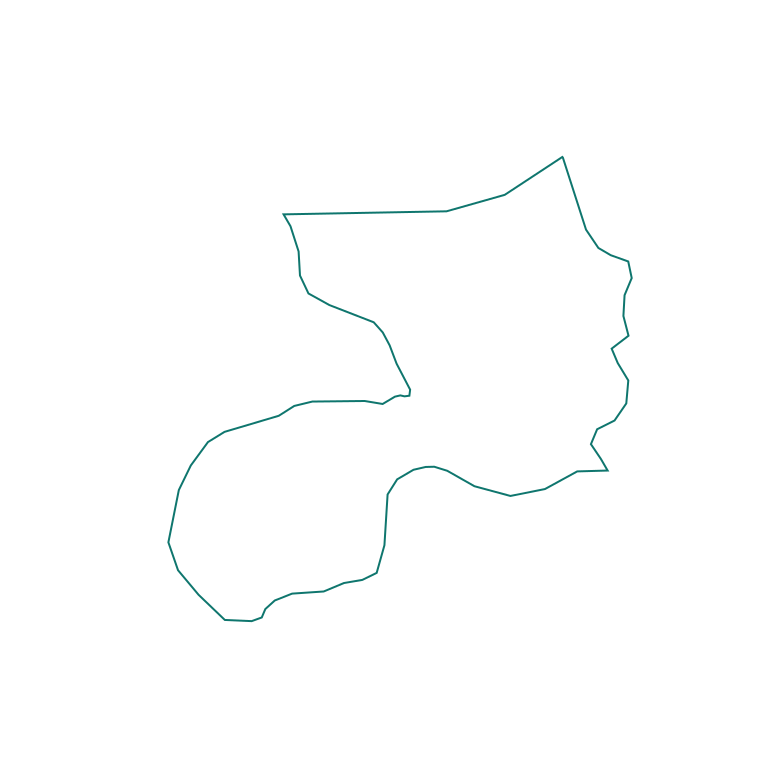 outline of Tehran, rotated 146°
{"feature_id": "IRN-3216", "entity_name": "Tehran", "entity_type": "Province", "adm_level": 1, "iso_a3": "IRN", "parent_name": "Iran", "parent_adm1": "", "projection": "equal_earth", "projection_center": [51.864, 35.496], "detail": "fine", "context": "isolated", "style": "outline", "palette": "teal", "viewbox_px": 768, "rotation_deg": 146, "n_neighbors": 0, "source": "natural_earth", "source_scale": "10m", "svg_char_len": 1006}
<svg xmlns="http://www.w3.org/2000/svg" viewBox="0 0 768 768"><g transform="rotate(146 384 384)"><path d="M109.1,471.7L130.2,399.0L130.2,376.9L124.0,364.0L113.0,349.0L119.4,333.3L134.9,323.1L147.5,306.5L154.3,287.3L175.5,286.0L178.5,270.7L179.5,250.3L194.0,232.4L213.3,224.8L232.6,227.3L246.1,218.4L246.1,200.6L247.0,187.2L272.7,203.5L309.3,206.9L341.8,220.5L366.2,248.7L380.1,276.7L388.6,287.3L395.8,291.9L407.5,296.4L426.4,297.6L442.8,290.4L473.8,250.1L495.7,231.5L511.5,233.7L528.5,241.4L550.0,245.7L577.4,261.6L595.6,265.6L608.2,263.8L615.9,258.8L626.3,261.4L647.9,277.4L655.6,312.9L658.9,344.8L651.3,373.3L613.4,410.8L589.7,424.5L562.4,434.3L543.0,433.5L489.0,416.5L470.7,416.0L453.2,409.5L409.5,380.7L396.3,368.2L382.0,367.4L376.8,365.4L373.9,362.3L369.5,360.1L365.5,364.7L362.2,393.8L357.7,412.9L356.2,427.4L358.0,440.9L385.1,479.9L396.0,501.3L393.0,520.9L380.7,541.6L373.3,567.1L372.4,580.8L235.6,492.2L178.1,473.3L109.2,472.5L109.1,471.7Z" fill="none" stroke="#0f766e" stroke-width="2"/></g></svg>